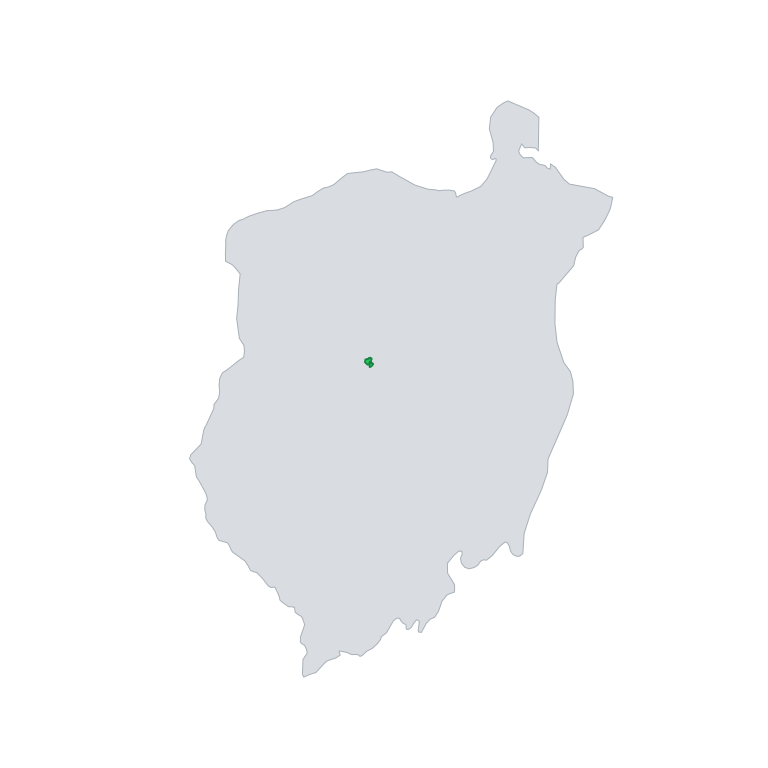 Ulies, Harghita, Romania shown in context, rotated 283°
{"feature_id": "2599482B10637984769645", "entity_name": "Ulies", "entity_type": "district", "adm_level": 2, "iso_a3": "ROU", "parent_name": "Romania", "parent_adm1": "Harghita", "projection": "natural_earth1", "projection_center": [25.262, 46.196], "detail": "fine", "context": "in_parent", "style": "filled", "palette": "green", "viewbox_px": 768, "rotation_deg": 283, "n_neighbors": 0, "source": "geoboundaries", "source_scale": "gbopen_adm2", "svg_char_len": 5566}
<svg xmlns="http://www.w3.org/2000/svg" viewBox="0 0 768 768"><g transform="rotate(283 384 384)"><path d="M591.4,425.3L598.3,433.8L606.9,438.3L626.9,443.0L628.7,442.4L628.9,441.5L627.5,440.3L627.2,438.7L628.2,436.8L630.9,436.7L635.4,438.4L644.0,435.9L656.5,429.2L668.0,427.9L678.6,431.8L684.1,436.5L687.7,440.9L686.7,446.3L686.1,449.7L683.6,463.8L681.7,469.0L678.7,474.9L646.0,481.9L648.1,478.5L647.2,472.6L645.8,468.2L648.8,464.1L641.4,462.7L638.2,464.9L635.7,468.7L638.1,477.6L634.5,482.5L633.2,485.3L633.1,491.7L631.1,494.6L630.7,497.6L635.9,496.8L633.6,502.4L623.9,513.2L620.5,519.6L621.7,545.2L617.5,560.4L617.3,564.9L606.8,565.1L603.6,564.7L593.7,562.4L582.5,558.4L575.8,550.5L571.6,544.9L562.2,547.4L560.4,546.7L557.8,544.0L550.6,542.2L541.9,542.2L522.1,531.9L519.9,530.1L504.4,531.9L481.2,537.0L463.6,543.2L445.3,554.4L437.9,562.9L429.3,567.4L417.1,570.8L395.2,569.5L372.4,565.3L347.9,560.7L334.7,563.2L316.8,561.3L289.9,555.8L269.8,554.2L250.0,557.4L246.7,554.9L246.0,552.1L246.8,548.1L249.6,544.9L254.4,542.4L257.0,540.0L257.3,537.5L251.9,533.4L241.0,527.9L236.5,524.4L235.4,523.5L235.1,520.4L232.9,517.9L228.6,516.2L225.3,512.9L223.0,508.2L223.6,503.8L227.0,499.6L231.3,497.8L236.5,498.4L238.6,497.2L237.8,494.3L232.8,490.6L223.5,486.1L214.0,488.5L204.2,498.0L197.2,499.5L193.0,493.1L185.5,489.4L174.6,488.2L167.9,485.7L165.5,482.1L160.7,479.2L150.3,476.2L150.2,473.4L151.9,472.7L155.6,472.4L160.6,471.8L161.5,470.2L161.5,468.7L157.6,466.8L153.6,465.5L151.6,464.3L150.3,462.8L150.0,461.4L151.2,460.3L152.8,460.3L154.4,459.4L155.4,456.0L157.6,453.1L159.1,452.1L159.1,450.0L157.5,448.1L155.3,446.4L152.1,445.4L142.2,442.4L137.2,438.3L134.1,438.1L129.3,435.9L124.1,432.3L119.6,427.2L114.7,423.9L113.5,422.6L113.4,421.3L114.3,419.9L114.3,418.3L113.1,413.4L114.1,408.1L113.9,403.2L113.9,401.0L113.0,400.3L112.1,401.0L110.9,402.0L109.7,402.1L106.1,398.6L101.7,391.2L98.6,388.8L92.6,385.4L87.6,382.6L84.0,376.5L80.3,371.8L82.9,369.8L97.5,367.0L104.2,369.7L107.2,368.7L110.2,366.5L111.9,364.8L112.2,362.9L113.7,360.6L118.7,359.5L131.6,360.9L136.9,357.6L138.9,355.8L140.1,351.9L141.6,348.8L146.2,347.1L146.2,344.2L145.5,341.1L148.4,334.1L150.1,331.2L152.7,330.1L155.9,327.9L161.5,323.4L160.3,319.4L161.4,316.4L167.3,309.2L171.7,302.3L171.7,298.8L172.4,295.8L176.3,292.5L180.4,288.2L185.9,274.7L187.9,272.4L191.4,269.9L194.1,267.3L194.5,258.5L196.9,255.9L201.7,253.1L206.4,248.4L210.2,243.0L213.2,240.5L217.1,239.8L221.3,237.6L226.0,236.8L230.5,237.9L233.4,237.3L237.8,234.7L249.0,224.7L250.6,222.7L252.9,221.4L261.9,217.9L264.2,214.5L267.4,211.4L271.4,211.6L284.3,219.3L298.3,218.8L300.8,219.1L301.7,219.2L303.4,219.9L321.9,223.7L324.8,223.2L325.6,222.9L333.1,226.1L339.7,225.6L346.0,223.5L352.5,222.7L358.5,224.0L363.1,228.4L374.9,237.8L378.4,241.3L383.9,240.8L389.9,239.0L396.0,232.8L414.6,225.7L428.9,223.9L442.8,221.1L458.9,219.1L463.5,213.3L466.1,209.3L467.9,202.0L476.5,199.9L484.8,198.4L487.7,197.5L493.7,197.2L498.4,197.8L505.6,201.4L510.7,205.9L512.7,209.5L517.0,214.6L521.6,221.8L526.7,231.2L527.9,236.1L529.8,241.3L533.6,247.6L540.8,254.6L541.8,255.9L545.1,260.9L551.5,271.8L556.7,276.2L561.3,280.9L563.6,285.7L566.9,290.1L574.6,295.9L580.9,301.1L586.1,316.2L589.7,323.2L592.0,328.5L591.0,339.3L592.5,343.9L589.7,352.3L584.8,369.3L583.7,382.8L584.7,390.1L584.8,394.8L586.1,397.8L587.6,404.0L587.9,409.3L586.0,410.9L583.4,412.1L582.4,413.2L584.9,415.7L588.2,420.2L591.4,425.3Z" fill="#d9dde1" stroke="#a8b0b8" stroke-width="1"/><path d="M406.2,366.1L406.2,365.9L406.3,365.8L406.4,365.7L406.5,365.2L406.7,364.8L406.6,364.7L406.4,364.6L406.5,364.5L406.5,364.4L406.4,364.3L406.2,364.1L406.1,363.9L406.1,363.7L406.0,363.4L405.8,363.5L405.8,363.4L405.2,363.5L405.1,363.3L405.0,363.2L404.9,363.0L404.9,362.8L404.7,362.9L404.6,362.7L404.5,362.4L404.4,362.2L404.5,361.9L404.4,361.8L404.4,361.7L404.4,361.4L404.2,361.3L404.0,361.2L403.9,361.0L404.0,361.0L404.0,360.9L404.0,360.7L403.9,360.5L403.6,360.7L403.4,360.8L403.2,360.6L403.1,360.3L402.9,360.4L402.7,360.3L402.4,360.3L402.2,360.3L401.9,360.4L401.7,360.3L401.4,360.4L401.2,360.5L400.9,360.8L400.8,360.7L400.7,361.0L400.4,361.4L400.4,361.5L400.2,361.6L400.1,361.8L400.0,362.1L399.9,362.1L399.9,362.3L399.8,362.5L399.7,362.7L399.6,362.8L399.4,362.9L399.3,363.0L399.2,363.1L399.1,363.3L399.0,363.5L399.1,363.8L399.2,364.0L399.3,364.1L399.5,364.2L399.5,364.3L399.6,364.5L399.8,364.8L399.8,365.0L399.7,365.2L399.7,365.3L399.9,365.4L399.9,365.5L400.0,365.5L399.9,365.6L399.7,365.6L399.3,365.5L399.2,365.4L399.1,365.5L398.7,365.5L398.4,365.8L398.2,365.9L398.1,366.0L397.8,366.2L397.7,366.2L397.4,366.0L397.1,366.4L397.1,366.5L397.3,366.8L397.5,366.9L397.6,367.0L397.8,367.3L398.0,367.3L398.1,367.5L398.6,367.8L398.8,367.9L398.9,368.0L399.0,368.1L399.0,368.3L399.4,368.3L399.5,368.3L399.6,368.5L399.9,368.7L400.0,368.8L400.5,368.9L400.6,369.0L401.0,369.1L401.3,368.9L401.5,368.7L401.7,368.4L401.7,368.1L401.5,367.9L401.7,367.7L401.8,367.5L401.9,367.3L401.9,367.2L402.0,367.1L402.1,366.9L401.9,366.8L401.7,366.6L401.4,366.4L401.1,366.2L401.5,365.9L401.6,365.7L401.6,365.2L401.8,365.1L402.0,365.2L402.2,365.3L402.2,365.2L402.2,365.3L402.3,365.3L402.3,365.2L402.4,365.3L402.4,365.2L402.4,365.3L402.5,365.3L402.5,365.5L402.4,365.6L402.3,365.8L402.2,365.9L402.2,366.0L402.1,366.3L402.3,366.5L402.5,366.6L402.8,366.6L403.0,366.5L403.3,366.4L403.5,366.4L403.8,366.2L404.0,366.2L404.3,366.2L404.5,366.2L404.6,366.3L404.8,366.3L404.9,366.2L405.0,366.2L405.1,366.3L405.3,366.3L405.4,366.5L405.5,366.5L405.7,366.4L405.8,366.4L405.9,366.2L406.0,366.2L406.2,366.1Z" fill="#22c55e" stroke="#15803d" stroke-width="1.5"/></g></svg>